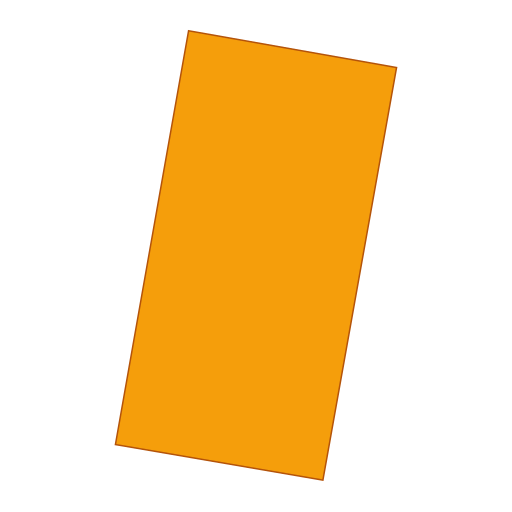 the district of Faulk, South Dakota, United States of America, rotated 100°
{"feature_id": "52423323B83189995296662", "entity_name": "Faulk", "entity_type": "district", "adm_level": 2, "iso_a3": "USA", "parent_name": "United States of America", "parent_adm1": "South Dakota", "projection": "robinson", "projection_center": [-99.132, 45.071], "detail": "fine", "context": "isolated", "style": "filled", "palette": "amber", "viewbox_px": 512, "rotation_deg": 100, "n_neighbors": 0, "source": "geoboundaries", "source_scale": "gbopen_adm2", "svg_char_len": 253}
<svg xmlns="http://www.w3.org/2000/svg" viewBox="0 0 512 512"><g transform="rotate(100 256 256)"><path d="M174.0,361.6L466.1,361.7L465.1,151.2L462.7,151.2L46.0,150.3L45.9,361.5L174.0,361.6Z" fill="#f59e0b" stroke="#b45309" stroke-width="1.5"/></g></svg>